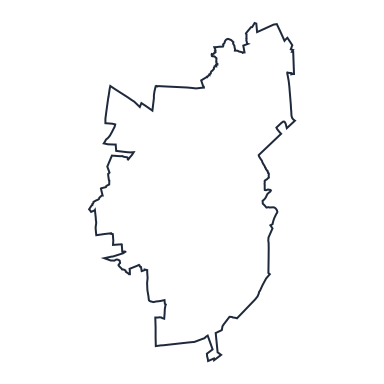 the district of Tarimoro, Guanajuato, Mexico
{"feature_id": "50627088B52975433563900", "entity_name": "Tarimoro", "entity_type": "district", "adm_level": 2, "iso_a3": "MEX", "parent_name": "Mexico", "parent_adm1": "Guanajuato", "projection": "natural_earth1", "projection_center": [-100.75, 20.293], "detail": "fine", "context": "isolated", "style": "outline", "palette": "slate", "viewbox_px": 384, "rotation_deg": 0, "n_neighbors": 0, "source": "geoboundaries", "source_scale": "gbopen_adm2", "svg_char_len": 5817}
<svg xmlns="http://www.w3.org/2000/svg" viewBox="0 0 384 384"><path d="M110.3,86.0L109.6,89.3L108.5,96.9L108.4,96.9L107.4,103.9L106.3,111.9L105.4,118.8L105.4,123.2L112.2,123.7L115.2,124.4L114.9,125.9L114.5,127.0L111.9,132.1L110.0,135.5L108.6,137.3L107.6,138.3L106.1,139.5L105.8,139.9L105.0,141.5L103.8,143.4L107.9,144.3L113.0,144.5L115.7,144.5L116.0,148.5L116.2,150.9L127.2,152.2L130.4,152.4L133.7,152.2L132.0,154.9L130.0,157.2L127.7,160.2L127.9,158.9L127.8,158.0L127.4,157.4L123.5,156.7L122.4,156.1L120.1,156.2L111.9,155.6L107.3,166.6L109.5,172.6L108.1,174.0L108.3,174.6L108.2,175.0L108.3,176.1L108.9,180.2L109.3,180.5L109.2,184.5L106.4,185.9L105.9,187.1L101.1,188.3L100.9,188.5L102.6,195.5L101.9,195.5L101.3,195.9L99.3,197.8L99.0,198.9L97.9,199.7L96.2,200.4L93.5,201.9L93.4,202.8L92.9,203.8L92.3,204.1L92.3,205.2L91.8,205.3L91.3,205.9L89.1,209.3L90.0,210.3L91.1,211.9L94.7,210.3L94.9,210.0L95.8,218.1L95.8,219.4L96.2,222.0L96.2,222.8L96.1,223.9L95.6,227.5L95.8,230.4L96.3,235.2L104.7,234.0L110.9,233.3L110.8,233.8L112.8,234.1L113.3,240.6L113.0,244.9L121.7,244.3L121.8,244.4L121.8,245.2L122.2,250.5L122.2,251.6L122.3,251.8L123.3,251.6L124.6,251.5L125.1,251.6L125.3,251.8L123.0,253.3L113.0,256.5L112.0,256.6L111.6,256.6L104.3,258.2L110.7,260.5L114.5,260.6L115.9,259.7L117.1,259.5L118.1,259.8L119.4,260.4L119.7,260.7L119.7,261.2L120.1,262.6L120.0,263.0L119.9,263.0L118.5,265.0L118.5,265.3L119.3,266.4L121.7,268.7L122.0,269.4L122.6,269.5L123.5,269.5L123.9,269.6L125.5,270.5L125.7,271.5L125.8,271.8L126.4,272.0L127.2,272.8L127.6,272.9L128.3,273.5L128.6,273.6L129.0,274.2L129.9,274.2L129.8,270.6L129.6,268.8L136.9,265.9L139.0,264.9L139.3,265.2L139.6,265.5L139.7,266.0L140.0,266.7L140.2,266.8L140.7,266.8L141.0,267.0L141.7,271.1L145.2,269.9L145.1,269.6L147.2,270.1L147.2,271.5L147.2,272.2L147.6,278.1L147.3,280.9L147.1,283.1L147.4,290.1L147.8,292.5L148.4,296.0L148.9,300.2L149.7,301.0L150.9,301.5L151.5,301.5L152.1,301.8L153.5,302.1L156.0,301.5L159.0,301.2L160.4,301.0L164.5,300.1L164.8,303.2L165.0,304.0L165.8,304.5L165.4,305.6L164.8,309.1L164.6,313.5L164.2,318.7L162.2,318.1L161.4,317.5L160.6,317.4L159.2,317.3L158.4,317.5L155.3,317.5L155.6,327.8L155.6,337.5L155.8,346.1L161.5,345.3L163.0,345.3L188.2,342.5L194.5,341.9L203.3,338.6L203.7,338.6L204.4,338.2L204.7,337.8L205.1,337.7L205.6,337.1L206.0,336.7L207.7,335.6L212.6,349.4L206.9,353.7L207.1,356.2L207.8,358.9L208.1,361.0L213.9,358.5L214.1,360.2L221.1,354.9L217.6,352.3L215.7,333.0L221.8,330.1L222.5,326.2L223.7,324.4L229.5,316.8L232.0,317.0L232.6,317.4L236.3,318.0L237.0,318.3L255.0,299.6L257.5,296.5L258.6,294.0L259.2,291.7L260.0,290.7L262.4,285.4L266.1,278.5L269.8,274.2L268.4,273.0L268.6,259.1L268.7,247.9L268.6,242.6L268.3,240.8L268.5,237.5L272.5,228.4L270.4,225.3L272.5,224.2L273.4,220.6L274.4,217.8L276.4,213.7L277.2,212.6L277.3,211.3L276.5,209.5L275.5,208.3L274.4,207.5L273.0,207.3L269.5,207.5L268.6,207.2L268.1,207.2L266.7,207.6L266.4,207.5L264.6,205.4L262.8,203.7L262.6,200.8L264.1,199.6L265.2,198.3L265.8,197.4L267.4,194.0L268.7,192.8L270.3,191.6L270.9,190.4L270.0,189.8L269.0,189.8L268.2,189.5L267.6,189.6L266.8,190.0L266.1,190.2L264.8,190.0L264.7,188.2L264.7,184.7L264.5,183.9L264.8,182.7L264.6,181.5L264.8,180.6L265.6,180.2L265.8,179.9L267.2,179.1L267.9,178.2L268.5,177.9L268.8,177.6L268.9,177.3L268.7,176.4L268.7,175.0L268.9,174.3L268.8,173.7L268.6,173.4L268.3,173.3L268.1,173.1L268.0,172.9L268.2,172.4L267.9,172.1L267.7,171.8L267.6,170.9L266.9,170.5L266.5,169.6L266.0,169.3L265.7,168.1L265.6,167.9L265.2,167.7L265.0,167.4L265.0,166.9L264.7,166.4L264.3,165.4L263.8,164.9L263.3,163.9L262.9,163.5L262.8,163.0L262.3,162.1L262.0,160.9L260.0,158.0L259.1,156.5L258.7,155.1L281.1,133.8L279.7,132.3L277.2,129.2L276.4,127.6L281.7,122.6L282.2,122.4L283.1,121.6L284.2,121.6L285.1,122.5L285.8,124.2L286.8,128.2L294.9,120.7L294.4,120.4L293.2,119.3L292.4,118.4L292.0,117.4L291.7,116.6L291.5,115.5L291.4,114.5L291.3,112.0L290.9,107.2L290.9,105.8L289.3,86.3L288.7,81.0L287.2,72.9L287.4,72.5L288.3,72.8L291.4,73.1L291.3,74.3L292.3,74.1L294.0,74.0L293.2,51.9L292.0,51.8L293.1,50.0L290.8,49.3L292.3,45.2L287.4,37.8L285.5,39.6L284.5,40.8L280.9,32.8L277.9,26.4L276.8,24.1L273.6,24.6L257.1,32.1L256.3,23.6L254.6,23.0L252.2,27.1L251.0,27.2L245.9,33.4L245.9,33.6L246.1,33.7L246.3,34.0L246.6,34.7L246.4,35.9L246.5,36.2L246.4,37.2L246.6,38.0L246.6,38.3L246.3,38.6L246.5,39.5L246.3,40.3L246.8,41.9L247.1,43.5L247.5,43.8L247.8,43.9L243.3,45.6L244.5,52.4L244.0,52.4L242.8,52.8L242.7,52.4L239.9,51.7L239.2,51.6L237.9,50.9L237.4,50.7L234.9,50.6L235.1,49.4L234.6,47.6L234.4,45.8L233.6,44.5L233.1,43.5L233.2,42.7L233.4,42.2L231.1,40.0L228.5,39.0L227.8,38.9L227.3,39.2L226.6,39.3L225.8,40.0L225.4,40.5L224.9,41.4L224.6,42.7L224.2,43.3L223.9,43.7L223.5,43.9L223.1,44.4L223.4,45.3L223.3,45.8L222.9,46.6L218.4,46.8L216.4,47.2L216.2,47.1L214.3,47.2L215.0,48.8L215.5,50.5L214.9,51.0L215.6,52.1L215.3,52.5L214.0,53.2L214.0,53.5L212.7,54.3L211.8,54.0L211.6,54.8L211.8,55.3L211.9,56.1L212.4,56.3L212.9,56.2L213.8,56.4L214.2,56.3L215.3,57.1L215.6,57.6L215.9,57.8L216.2,57.9L216.4,58.1L216.5,58.6L216.2,61.3L216.5,61.8L216.3,62.4L216.6,63.0L216.5,63.4L217.0,64.3L217.4,64.2L217.4,64.7L216.7,64.8L216.2,64.9L216.3,65.1L216.0,65.4L216.2,66.4L214.7,66.3L214.7,66.6L213.9,67.6L213.9,68.0L214.0,68.2L213.9,68.8L213.6,69.4L213.2,69.6L212.4,70.7L212.0,70.9L211.4,71.3L210.8,72.4L210.8,72.9L210.8,73.3L210.5,73.8L210.1,74.0L209.5,74.2L209.5,75.1L209.0,74.9L207.2,77.1L206.8,76.8L206.3,77.3L201.2,80.4L203.2,86.4L203.5,86.3L203.7,86.5L203.9,87.6L200.4,87.9L198.4,88.2L195.8,88.4L190.5,87.8L187.0,87.5L158.1,86.1L157.5,86.5L157.4,86.5L156.7,86.3L156.6,86.0L156.3,85.9L155.7,86.2L154.5,91.3L154.2,93.1L153.9,95.6L153.9,98.2L152.7,108.1L152.4,110.6L145.4,105.7L144.9,105.4L141.4,103.1L139.8,107.0L134.3,101.7L130.9,99.5L127.9,97.4L115.4,89.4L110.3,86.0Z" fill="none" stroke="#1e293b" stroke-width="2"/></svg>